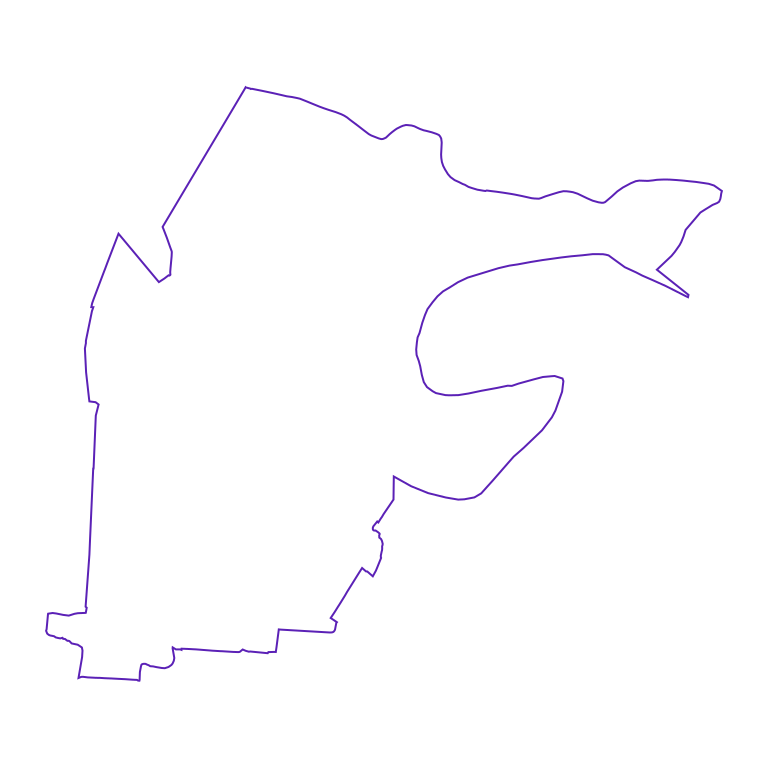 the district of Mahmudia, Tulcea, Romania
{"feature_id": "2599482B4733936429488", "entity_name": "Mahmudia", "entity_type": "district", "adm_level": 2, "iso_a3": "ROU", "parent_name": "Romania", "parent_adm1": "Tulcea", "projection": "albers", "projection_center": [29.111, 45.091], "detail": "fine", "context": "isolated", "style": "outline", "palette": "violet", "viewbox_px": 768, "rotation_deg": 0, "n_neighbors": 0, "source": "geoboundaries", "source_scale": "gbopen_adm2", "svg_char_len": 5085}
<svg xmlns="http://www.w3.org/2000/svg" viewBox="0 0 768 768"><path d="M245.6,87.3L244.5,89.3L222.5,126.3L208.0,150.6L162.6,226.9L162.7,227.2L163.5,229.1L166.9,237.9L170.1,247.0L171.7,251.3L171.8,252.4L171.6,256.5L170.5,268.3L170.2,272.1L170.3,273.8L170.4,274.7L169.9,275.3L169.2,275.6L168.6,275.3L168.3,275.5L164.4,278.5L158.9,282.1L118.5,233.7L107.3,262.9L105.0,269.1L104.2,271.1L93.7,298.9L92.2,303.1L91.3,307.1L92.9,307.2L93.3,307.2L92.5,309.6L92.0,310.9L85.9,340.8L85.9,343.3L85.7,344.2L84.9,348.5L86.1,372.4L89.0,398.4L89.4,401.4L95.6,402.2L96.5,402.9L98.6,404.5L95.9,415.2L95.8,415.6L93.6,467.8L93.6,468.1L93.5,468.7L93.2,468.7L90.0,540.4L89.4,554.8L85.6,606.7L86.7,607.7L85.8,612.8L85.3,612.9L77.9,613.2L74.5,613.8L68.8,615.6L63.2,614.9L56.3,613.5L52.6,613.0L48.1,613.7L48.0,614.1L46.6,629.2L46.1,630.8L47.2,633.6L48.8,634.9L50.3,635.5L52.5,635.9L54.2,636.3L55.7,637.4L58.1,638.0L60.3,638.4L62.5,637.8L63.2,638.9L64.1,638.9L65.0,639.0L67.4,640.8L68.6,640.8L69.4,641.1L70.3,642.0L71.6,643.4L74.3,644.0L77.7,644.7L80.6,646.6L81.9,647.5L82.5,650.6L82.1,657.1L78.5,678.0L81.2,676.9L82.9,676.8L87.8,677.4L91.9,677.6L95.7,677.8L100.2,677.9L104.8,678.2L112.0,678.5L117.5,678.8L125.5,679.2L132.6,679.7L137.0,679.9L138.1,680.6L139.4,680.7L139.6,679.9L139.9,672.0L141.0,666.2L141.5,664.7L142.1,664.2L143.1,663.9L144.2,663.8L145.7,663.9L146.5,664.4L147.6,664.8L149.0,665.4L150.2,666.2L151.5,666.3L153.1,666.4L156.4,667.1L161.8,668.0L164.8,668.2L168.5,667.0L171.4,665.0L172.6,663.5L173.8,660.8L174.3,658.0L172.6,648.2L172.7,647.4L175.9,649.4L180.2,649.4L181.5,649.9L181.6,648.7L188.8,649.0L196.3,649.4L212.7,650.7L221.0,651.2L221.8,651.2L232.8,651.9L238.4,652.1L239.7,651.9L242.7,649.5L245.7,650.8L248.9,651.7L250.1,651.5L267.7,653.2L268.4,652.1L274.6,651.9L275.8,652.0L276.5,647.2L278.8,629.4L280.5,629.6L329.9,632.5L332.0,632.4L333.4,631.9L334.2,631.1L335.0,629.7L336.3,622.9L336.9,622.2L330.7,618.0L334.7,612.0L337.7,607.2L338.4,606.1L339.0,605.2L341.8,600.7L344.9,595.7L347.2,591.7L350.4,586.6L359.4,572.2L362.1,568.0L366.0,571.4L367.3,571.5L372.8,576.3L375.9,570.7L377.1,567.8L381.1,557.9L380.9,557.5L380.8,555.7L381.7,551.4L382.1,550.0L382.1,549.5L382.2,548.1L382.1,546.8L382.2,546.0L382.5,545.2L382.7,543.9L382.0,541.0L381.1,539.1L380.2,538.3L379.3,537.6L379.2,535.2L379.6,534.4L379.6,533.6L378.3,532.4L375.6,530.5L375.1,530.6L374.6,530.5L374.1,530.5L373.7,530.4L373.2,530.0L372.9,529.4L372.8,528.4L372.9,527.4L373.5,526.1L374.5,524.9L376.5,522.4L377.2,521.5L377.8,522.1L378.3,522.5L380.8,518.5L381.9,517.0L383.6,514.1L393.2,500.0L393.5,499.6L393.8,476.5L411.1,486.2L428.1,493.1L445.8,497.5L458.2,499.6L464.3,499.3L474.4,497.4L481.2,493.4L487.2,486.7L492.8,480.5L509.2,461.7L513.7,456.6L523.5,448.0L542.0,430.3L551.9,417.3L555.4,410.6L562.1,391.7L563.4,381.1L562.5,378.5L554.7,376.0L551.8,376.2L542.9,377.0L533.7,379.4L518.5,383.6L511.8,385.9L507.7,385.7L497.2,387.9L481.3,390.8L468.5,393.5L458.4,395.1L449.3,395.3L445.4,395.1L436.0,393.1L432.6,391.2L427.0,387.1L423.8,382.1L421.8,374.8L420.2,366.2L418.8,361.0L416.6,355.0L416.2,349.5L416.9,342.3L417.6,337.4L419.5,333.1L422.3,322.8L425.0,315.0L427.5,309.1L432.6,302.2L437.5,296.3L443.0,291.4L450.4,287.0L458.0,282.2L467.7,277.6L498.4,268.2L509.5,265.6L517.7,264.4L530.7,262.0L542.3,260.1L553.9,258.5L561.0,257.5L571.1,256.3L582.2,255.3L593.0,254.1L602.9,254.2L605.9,254.7L608.6,255.4L611.3,257.4L624.8,267.2L636.1,272.4L642.3,275.6L652.4,280.0L665.5,285.9L685.7,296.1L688.0,297.2L688.5,294.9L656.9,269.7L671.5,255.9L674.8,251.9L679.6,245.1L681.2,242.1L683.5,236.5L685.6,229.9L700.4,212.5L705.6,209.2L712.6,204.9L717.2,203.0L719.1,201.7L720.3,199.0L720.8,196.5L721.2,193.6L721.9,191.0L717.2,187.7L714.0,185.5L708.7,183.8L702.8,182.9L695.8,181.9L689.8,181.3L683.4,180.6L675.9,180.0L669.6,179.6L665.0,179.5L661.4,179.6L657.0,179.8L652.8,180.4L647.8,180.9L639.3,180.6L635.7,181.2L630.7,183.3L622.9,187.5L617.3,191.4L611.6,196.6L605.1,202.1L603.5,202.7L601.9,202.8L598.5,202.3L592.7,200.7L587.4,198.4L577.6,193.7L573.0,192.2L570.0,191.7L566.7,191.3L563.4,191.2L558.9,192.2L552.6,194.1L545.3,196.4L541.0,198.1L538.9,198.7L536.8,198.6L534.5,198.5L531.7,198.2L521.8,196.0L514.4,194.5L511.0,193.9L502.7,192.6L496.3,191.7L491.3,191.1L486.7,190.5L485.4,191.0L483.3,190.7L477.4,189.7L472.1,188.1L468.5,186.9L464.9,184.8L462.7,184.0L459.2,182.2L454.6,180.1L450.5,177.1L447.9,174.1L445.0,169.4L443.2,165.9L441.9,162.0L441.3,158.0L441.1,154.5L441.2,152.8L441.4,148.9L441.7,142.7L441.6,141.6L441.2,138.5L440.1,136.4L438.9,135.0L436.5,133.9L431.8,132.3L426.4,130.9L423.7,130.3L420.1,129.0L417.7,127.9L414.4,126.3L411.5,125.5L407.6,125.1L405.9,125.0L402.8,125.8L400.7,126.7L396.9,128.6L395.0,129.9L392.1,132.1L389.7,134.1L387.6,136.1L386.0,137.6L384.6,138.3L382.8,139.0L381.2,139.1L378.7,138.4L371.3,135.5L368.8,134.1L363.8,130.3L358.0,125.8L350.4,120.1L347.0,117.4L344.1,115.6L341.2,114.2L335.7,112.1L328.4,109.8L323.7,108.2L319.4,106.6L313.0,104.0L306.7,101.4L299.9,98.7L296.9,98.0L291.9,97.0L286.8,96.3L281.7,95.1L273.4,93.2L262.0,90.8L251.9,88.8L250.8,89.0L250.3,88.6L245.7,87.4L245.6,87.3Z" fill="none" stroke="#5b21b6" stroke-width="2"/></svg>